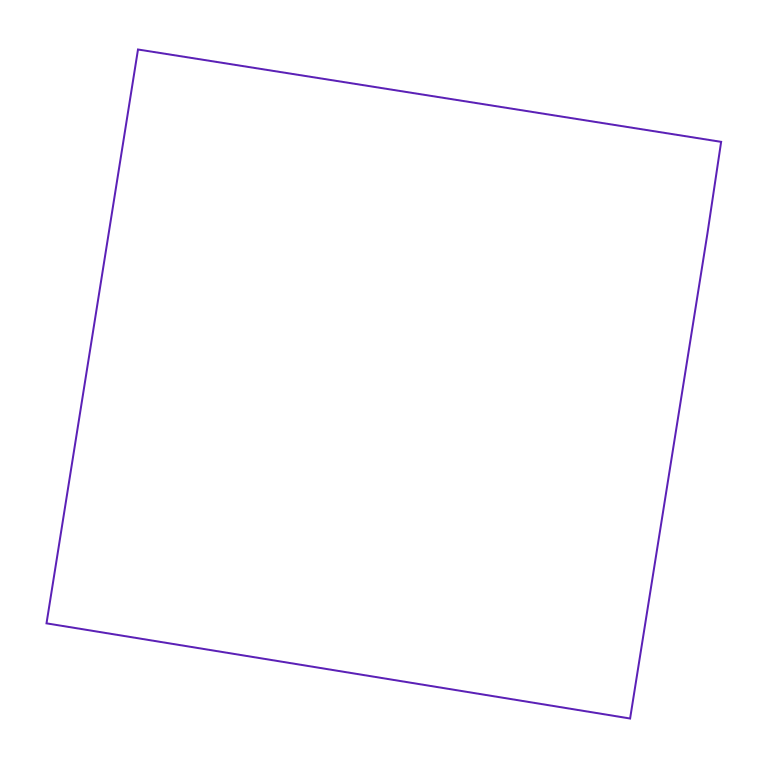 outline of Glasscock, Texas, United States of America, rotated 99°
{"feature_id": "52423323B694996530293", "entity_name": "Glasscock", "entity_type": "district", "adm_level": 2, "iso_a3": "USA", "parent_name": "United States of America", "parent_adm1": "Texas", "projection": "robinson", "projection_center": [-101.592, 31.869], "detail": "fine", "context": "isolated", "style": "outline", "palette": "violet", "viewbox_px": 768, "rotation_deg": 99, "n_neighbors": 0, "source": "geoboundaries", "source_scale": "gbopen_adm2", "svg_char_len": 231}
<svg xmlns="http://www.w3.org/2000/svg" viewBox="0 0 768 768"><g transform="rotate(99 384 384)"><path d="M92.1,679.3L673.2,679.9L675.9,88.6L184.6,88.1L92.1,88.9L92.1,679.3Z" fill="none" stroke="#5b21b6" stroke-width="2"/></g></svg>